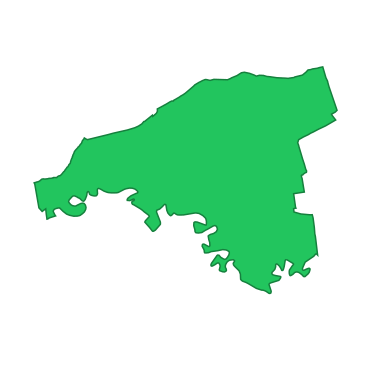 Falciu, Vaslui, Romania, rotated 82°
{"feature_id": "2599482B69317802049960", "entity_name": "Falciu", "entity_type": "district", "adm_level": 2, "iso_a3": "ROU", "parent_name": "Romania", "parent_adm1": "Vaslui", "projection": "natural_earth1", "projection_center": [28.123, 46.28], "detail": "fine", "context": "isolated", "style": "filled", "palette": "green", "viewbox_px": 384, "rotation_deg": 82, "n_neighbors": 0, "source": "geoboundaries", "source_scale": "gbopen_adm2", "svg_char_len": 6006}
<svg xmlns="http://www.w3.org/2000/svg" viewBox="0 0 384 384"><g transform="rotate(82 192 192)"><path d="M196.7,330.4L195.8,330.9L192.8,331.9L191.9,332.1L191.0,331.8L189.9,330.7L189.4,328.8L189.2,326.5L189.4,325.3L193.3,322.3L196.4,319.3L198.0,316.5L199.5,312.5L199.9,308.8L199.7,306.5L199.4,305.7L198.2,303.4L196.7,301.3L194.4,299.7L192.5,299.1L190.1,299.4L188.4,300.4L187.8,301.6L187.9,303.8L188.8,306.5L189.0,307.3L189.6,308.7L189.7,309.8L189.0,312.0L188.1,313.3L187.2,314.1L185.1,315.4L184.2,315.5L182.7,314.7L179.8,311.2L179.4,310.2L179.4,309.4L179.6,308.7L180.8,306.7L181.7,305.7L182.7,304.1L185.3,302.1L186.0,300.9L185.8,300.1L184.5,298.8L180.9,296.8L178.1,296.0L177.3,295.4L177.1,295.0L177.2,294.5L177.6,294.2L178.0,294.0L180.0,293.7L180.9,292.7L181.5,291.6L182.3,289.4L182.4,288.6L182.4,287.3L181.9,286.6L180.6,285.8L176.7,285.5L175.7,284.9L175.5,284.4L175.4,284.0L175.8,283.2L176.7,281.8L178.9,279.0L180.4,276.2L180.9,275.0L181.6,272.1L182.1,268.5L182.3,266.4L182.2,265.1L179.9,258.5L179.6,256.8L179.4,253.3L179.9,250.7L181.0,248.3L182.2,247.0L183.3,246.1L184.1,245.6L185.1,245.8L185.3,246.1L185.7,247.8L187.2,252.8L187.6,253.6L189.2,256.3L190.3,257.2L191.3,257.3L191.9,254.7L190.9,251.5L190.9,250.6L191.4,250.2L192.4,250.6L192.8,252.4L193.6,253.0L194.7,253.1L195.8,252.7L196.1,252.3L196.7,251.3L201.3,245.6L203.3,243.5L204.8,242.3L208.6,238.5L209.5,237.8L210.3,237.7L214.0,242.1L214.8,242.7L215.3,242.9L221.2,239.0L225.0,236.8L225.4,236.4L225.5,236.0L225.4,235.3L224.6,233.5L219.8,228.0L219.3,227.7L217.4,227.5L216.5,227.7L207.1,229.9L206.1,229.8L205.1,229.3L204.4,226.4L202.1,223.0L201.2,222.1L200.5,220.9L200.4,220.5L201.2,219.6L206.6,219.5L209.5,218.8L211.4,217.6L212.4,216.7L212.5,216.3L212.2,215.4L210.4,213.1L210.5,212.3L212.1,210.5L212.7,209.3L213.1,207.2L213.5,203.5L213.2,192.0L213.4,190.7L214.2,188.0L216.8,184.6L219.4,182.5L220.6,182.0L222.9,181.8L225.7,182.2L226.3,182.5L226.7,182.7L226.5,183.5L222.5,191.0L222.0,193.2L222.5,194.3L225.1,194.9L226.1,194.9L229.7,194.4L231.4,194.5L232.6,194.1L232.9,193.7L233.5,191.4L233.5,187.9L231.7,183.9L231.1,182.0L228.6,175.7L228.4,174.0L229.2,172.8L230.2,172.3L232.4,172.0L234.7,173.5L236.1,176.4L236.6,179.8L237.5,181.8L237.9,182.1L241.4,182.0L244.4,181.5L247.4,181.7L248.1,182.1L248.4,182.7L248.1,183.5L245.5,187.0L245.2,187.6L245.2,188.2L245.3,188.8L245.7,189.1L247.1,189.5L251.0,188.1L253.5,188.1L254.0,187.9L254.1,187.5L254.3,186.6L254.4,184.0L253.7,181.3L253.7,174.4L253.3,169.6L254.1,166.4L254.6,165.5L256.1,163.6L257.6,163.5L259.5,164.3L261.5,165.9L262.9,167.4L263.3,168.8L262.7,170.1L260.6,172.7L258.4,174.0L258.0,175.3L258.3,176.0L265.4,182.7L266.8,183.4L267.3,183.4L267.7,183.4L268.2,182.7L268.1,182.0L267.2,179.5L266.0,177.1L265.8,176.3L265.9,175.8L266.4,175.1L268.2,174.5L269.6,174.5L272.9,175.8L273.8,175.5L275.3,172.7L275.7,170.9L275.2,169.5L274.6,168.9L273.8,168.8L272.8,168.9L271.4,169.4L269.8,169.3L268.4,168.7L266.4,167.2L265.6,166.1L264.8,164.4L264.8,160.6L265.4,159.9L266.1,159.4L266.9,159.8L267.6,160.6L268.5,161.1L270.0,161.0L271.3,160.3L276.6,156.3L280.1,155.5L285.2,156.0L286.4,155.3L287.4,154.2L289.1,151.1L290.5,149.1L296.4,141.7L298.8,136.8L299.1,135.4L299.6,134.2L300.6,132.6L303.1,129.8L303.3,128.9L302.9,127.9L301.3,127.4L294.4,128.6L293.9,128.5L293.3,127.8L293.0,126.9L291.6,118.4L291.1,117.7L289.2,116.1L288.3,115.9L287.9,116.3L286.3,121.1L285.4,123.2L284.7,123.9L283.8,124.3L282.8,124.0L280.2,120.8L277.8,119.6L275.8,119.3L275.3,119.0L275.1,118.6L275.0,118.2L275.5,117.4L277.3,115.9L280.1,114.6L282.0,114.1L282.3,113.7L282.2,112.9L281.4,112.3L278.7,111.1L272.6,109.2L272.1,108.6L272.5,107.2L276.6,102.1L277.4,101.5L277.9,101.6L278.8,102.7L282.9,106.4L284.3,106.8L286.0,107.0L287.4,106.9L288.3,106.6L288.5,106.3L288.5,105.8L288.0,104.5L287.4,103.3L286.0,101.5L285.7,99.6L285.9,98.8L286.6,97.3L287.8,96.0L289.3,94.6L291.2,93.3L291.5,92.2L291.5,91.9L289.2,88.4L287.8,87.1L286.2,86.3L284.7,85.8L283.9,86.4L283.8,87.2L284.3,89.6L285.1,92.0L284.9,92.8L284.7,93.1L283.7,93.4L282.4,92.9L277.2,89.7L272.6,80.4L270.7,78.3L270.6,77.8L270.7,77.3L271.9,76.4L258.6,76.1L253.2,76.0L250.6,76.2L244.2,75.8L234.6,75.7L231.2,76.1L231.1,77.6L230.8,79.2L228.9,87.3L226.0,93.8L222.6,93.7L222.4,91.3L221.8,91.6L207.8,91.6L207.7,80.8L193.8,81.1L192.6,81.4L190.9,81.4L190.6,81.2L190.5,79.9L190.0,79.5L189.4,78.5L188.7,77.1L188.5,76.0L188.1,75.8L187.0,75.6L185.4,76.2L180.1,76.9L175.2,77.8L161.3,79.9L160.6,79.9L158.0,80.5L155.0,79.1L154.8,78.5L153.0,74.0L151.3,68.6L150.3,66.4L149.5,63.7L147.5,58.2L145.1,50.5L140.7,39.7L135.6,42.6L134.3,43.0L132.9,39.2L131.3,37.0L106.7,41.7L102.1,42.3L101.2,42.3L97.4,43.5L86.3,45.1L86.5,48.3L86.9,50.8L86.9,55.5L87.3,57.4L87.3,60.0L87.4,60.3L89.1,62.3L91.6,66.4L92.4,74.3L92.8,75.0L92.8,80.0L92.9,80.8L92.3,83.4L90.7,91.9L88.7,98.8L88.0,101.8L86.5,105.1L85.8,109.0L86.2,112.2L84.8,114.2L82.5,118.5L80.7,123.5L80.8,126.5L83.0,131.3L84.5,137.1L85.0,138.2L85.8,141.2L83.5,154.7L84.0,158.5L83.8,159.2L82.8,161.7L82.5,162.8L82.5,163.5L83.2,166.3L83.9,168.2L84.4,169.8L86.3,174.3L87.4,175.7L93.2,184.8L94.5,187.4L95.5,190.0L96.2,191.2L98.7,197.4L99.1,197.6L99.3,197.9L99.1,199.4L99.6,201.1L101.4,205.3L104.9,214.8L107.2,215.0L109.1,216.3L111.7,220.3L110.4,220.5L115.6,229.2L115.5,229.9L117.6,232.2L119.3,235.9L120.4,239.7L121.6,247.3L122.8,261.8L123.5,267.2L125.6,288.2L125.0,289.3L123.5,291.1L124.2,291.5L126.0,293.4L128.3,294.6L129.4,296.0L131.3,297.7L131.6,298.5L132.3,299.0L134.3,301.5L135.6,302.8L137.4,303.7L138.9,304.8L140.5,305.4L140.5,305.6L141.2,305.8L142.5,306.7L144.8,307.9L146.7,308.6L147.7,310.0L149.7,311.3L150.1,312.3L151.0,313.0L152.5,314.6L153.7,315.5L154.1,316.3L156.1,318.4L157.4,320.1L157.5,321.5L157.9,322.6L158.3,323.3L158.9,324.0L158.4,326.9L158.6,327.8L158.8,327.8L158.8,329.9L158.6,331.8L158.8,333.1L158.7,336.0L158.3,337.5L158.4,339.0L160.0,341.5L160.5,343.4L160.4,344.1L160.6,344.4L160.9,347.0L161.6,346.9L162.2,346.6L186.4,345.8L190.4,343.1L188.3,339.2L193.8,339.4L198.7,339.4L198.6,338.5L197.8,336.9L196.7,330.4Z" fill="#22c55e" stroke="#15803d" stroke-width="1.5"/></g></svg>